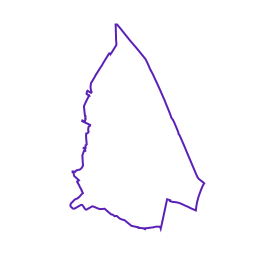 Tan Binh, Hồ Chí Minh city, Vietnam, rotated 172°
{"feature_id": "81297802B72151759297882", "entity_name": "Tan Binh", "entity_type": "district", "adm_level": 2, "iso_a3": "VNM", "parent_name": "Vietnam", "parent_adm1": "Hồ Chí Minh city", "projection": "robinson", "projection_center": [106.659, 10.803], "detail": "fine", "context": "isolated", "style": "outline", "palette": "violet", "viewbox_px": 256, "rotation_deg": 172, "n_neighbors": 0, "source": "geoboundaries", "source_scale": "gbopen_adm2", "svg_char_len": 3257}
<svg xmlns="http://www.w3.org/2000/svg" viewBox="0 0 256 256"><g transform="rotate(172 128 128)"><path d="M72.3,36.9L71.3,40.8L69.8,45.2L67.5,50.6L64.4,56.4L62.7,59.3L62.2,60.1L60.2,62.7L64.1,66.8L64.7,67.5L65.3,68.2L65.8,69.2L66.5,71.1L67.7,75.6L69.0,80.5L72.9,95.1L74.9,102.8L76.9,110.0L77.9,113.6L78.8,115.2L78.8,116.7L78.9,117.3L81.2,126.2L81.9,128.4L82.1,129.0L82.3,129.5L82.6,130.3L83.0,131.0L83.6,132.0L84.1,134.8L85.3,139.9L86.9,146.1L87.9,150.3L88.2,151.3L90.6,160.0L93.0,168.2L95.1,175.0L95.7,177.2L96.9,180.5L97.9,183.2L98.1,183.9L99.1,187.6L100.4,191.9L101.2,194.0L101.5,194.5L102.7,196.5L105.6,201.3L108.7,206.4L110.9,209.8L113.1,213.2L114.0,214.6L114.4,215.3L116.2,218.4L117.9,221.2L119.7,224.3L121.9,228.0L123.7,230.9L124.5,232.1L125.9,232.2L126.0,230.5L126.5,226.1L126.6,225.5L126.9,222.4L127.5,217.4L127.6,216.1L127.8,212.6L128.0,212.0L128.2,211.4L128.4,211.3L130.3,209.0L134.1,204.5L135.1,203.5L135.2,204.0L135.4,204.2L135.6,204.4L135.9,204.5L136.3,204.5L143.0,196.4L145.7,192.9L146.5,192.1L148.4,189.9L152.8,184.7L154.5,182.3L158.4,177.6L158.9,175.8L159.0,175.6L159.5,173.1L159.5,171.7L159.1,168.8L159.1,168.5L159.7,168.0L161.8,169.6L162.8,170.5L163.4,170.0L163.5,169.8L163.8,169.2L164.1,168.2L164.3,167.7L164.1,167.3L163.1,166.4L162.5,166.0L162.0,165.9L161.8,165.2L162.2,165.2L162.4,165.0L164.1,162.6L165.9,160.0L168.6,155.7L168.7,154.0L168.9,147.6L168.9,145.9L168.5,145.8L168.7,143.2L169.0,143.3L169.2,142.0L169.6,140.8L169.8,140.7L170.1,140.5L172.1,141.8L172.4,141.1L170.5,139.9L167.2,137.7L166.5,137.3L166.1,137.0L165.0,136.2L165.2,135.6L165.3,135.5L165.9,135.2L166.6,134.9L167.0,134.3L167.2,133.8L167.8,131.3L167.7,130.4L167.5,129.9L168.0,129.1L169.0,128.4L169.5,128.3L170.1,128.4L170.3,127.8L170.4,127.1L170.6,126.2L170.7,125.0L170.8,124.2L170.9,122.7L171.0,120.2L171.1,118.9L171.2,117.4L171.7,117.1L172.3,116.8L172.5,116.7L172.6,115.6L172.7,114.4L174.6,114.5L174.7,114.0L174.3,113.9L173.4,113.8L173.5,111.3L174.2,111.3L174.8,111.4L177.0,107.2L177.5,101.2L177.8,97.0L179.1,95.2L180.3,94.2L181.7,93.5L183.7,93.3L184.9,93.2L185.5,92.8L186.2,92.0L188.9,92.7L189.0,91.8L188.6,91.6L188.0,91.1L188.1,90.3L188.1,89.0L188.0,88.3L187.9,87.8L187.1,86.9L185.0,84.4L184.2,83.4L183.9,83.0L185.6,82.3L185.8,82.0L185.4,81.1L185.6,81.0L184.2,77.8L184.1,76.8L183.3,74.9L182.4,72.4L182.6,72.2L181.7,69.8L183.3,68.7L185.8,66.6L186.9,65.8L187.1,65.9L188.1,65.2L188.8,65.1L189.9,64.8L190.8,64.5L192.0,63.5L193.7,62.2L195.1,61.1L195.8,59.8L195.7,58.2L193.8,55.9L192.8,55.6L191.9,55.7L185.2,58.4L184.7,58.4L184.2,58.2L183.8,57.8L183.0,56.2L181.7,53.6L181.2,53.2L180.8,53.0L180.1,53.1L174.6,55.3L174.2,55.4L173.8,55.3L172.0,54.3L168.4,52.2L167.4,51.7L166.2,51.5L162.9,51.3L162.4,51.3L161.6,50.4L157.2,45.3L156.5,44.7L155.5,44.4L155.0,44.1L154.6,43.7L154.1,43.1L153.9,42.8L153.7,42.6L153.2,42.5L152.6,42.5L151.8,42.5L151.3,42.4L149.0,39.7L147.8,38.8L144.3,37.2L143.6,36.5L138.4,30.8L137.9,30.5L131.5,28.2L131.6,27.7L127.8,26.8L125.6,26.3L125.7,25.7L125.1,25.5L125.0,26.3L117.0,26.1L114.2,26.4L110.6,25.9L109.8,25.1L109.6,23.8L107.7,28.7L104.1,38.6L99.2,52.0L96.2,50.5L96.5,49.7L94.9,48.9L93.3,48.4L92.5,48.3L88.7,47.1L87.6,46.6L84.5,44.7L81.5,42.7L80.3,42.1L76.4,39.4L76.2,39.3L73.2,37.5L72.3,36.9Z" fill="none" stroke="#5b21b6" stroke-width="2"/></g></svg>